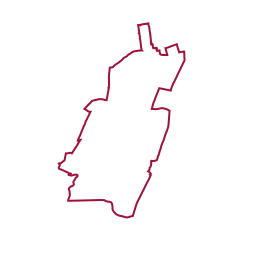 outline of Vaculesti, Botosani, Romania, rotated 315°
{"feature_id": "2599482B19671862910111", "entity_name": "Vaculesti", "entity_type": "district", "adm_level": 2, "iso_a3": "ROU", "parent_name": "Romania", "parent_adm1": "Botosani", "projection": "orthographic", "projection_center": [26.426, 47.889], "detail": "fine", "context": "isolated", "style": "outline", "palette": "rose", "viewbox_px": 256, "rotation_deg": 315, "n_neighbors": 0, "source": "geoboundaries", "source_scale": "gbopen_adm2", "svg_char_len": 5512}
<svg xmlns="http://www.w3.org/2000/svg" viewBox="0 0 256 256"><g transform="rotate(315 128 128)"><path d="M221.7,113.5L221.0,112.9L220.7,112.8L220.3,112.6L219.8,112.1L219.3,111.7L218.0,110.8L217.7,110.7L220.4,105.5L221.7,103.2L220.7,102.8L216.1,100.6L214.2,99.8L211.4,98.4L211.1,98.3L210.9,98.1L209.9,99.9L208.4,102.3L207.7,103.8L207.6,104.1L207.4,104.3L207.3,104.2L207.2,104.1L206.8,103.5L206.0,102.9L205.5,102.3L204.8,101.4L204.2,100.9L204.0,100.7L203.6,100.3L203.2,99.4L203.0,98.7L203.0,98.3L203.1,98.1L203.4,97.8L205.1,95.4L203.8,94.6L203.0,93.9L203.9,92.1L204.5,92.4L204.9,91.6L204.6,91.4L204.6,91.2L203.7,90.5L202.9,90.0L202.3,89.5L202.5,88.9L204.6,86.3L204.5,86.1L204.3,86.0L203.9,86.0L203.6,85.8L203.5,85.7L203.4,85.4L204.7,83.8L204.9,84.1L205.4,83.4L205.8,82.8L206.3,82.0L207.2,80.9L209.6,78.0L210.6,76.6L212.3,74.3L214.5,71.4L214.8,70.8L215.5,69.3L216.4,68.4L216.1,68.1L215.9,68.0L215.0,67.6L214.8,67.5L214.2,67.0L214.2,66.9L213.8,66.6L212.3,65.4L209.5,63.7L209.3,63.9L209.2,63.7L208.7,63.2L208.4,62.8L208.0,62.4L204.2,67.4L203.3,68.8L203.0,69.0L202.9,69.0L202.7,68.9L202.7,69.1L202.6,69.3L202.4,69.7L201.8,70.5L201.7,70.7L201.7,70.8L201.6,71.0L201.4,71.4L201.3,71.5L201.2,71.6L200.7,72.0L200.4,72.4L199.4,73.4L199.3,73.9L198.2,75.4L197.8,75.8L197.6,76.0L197.4,76.3L196.3,77.7L195.9,78.3L195.1,79.2L193.3,81.7L192.6,82.7L192.6,82.9L191.2,81.6L190.2,80.8L188.4,79.5L187.7,79.0L187.0,78.5L186.6,78.2L186.1,77.9L184.9,77.5L184.2,77.3L183.5,77.2L182.2,77.0L181.3,76.7L180.7,76.5L180.4,76.4L179.8,76.4L178.3,76.4L177.1,76.3L176.3,76.0L174.8,75.5L174.3,75.4L173.7,75.5L172.1,75.6L170.5,75.5L167.7,75.1L164.6,74.5L163.4,74.2L162.2,74.2L161.4,74.3L160.3,74.2L159.7,74.0L159.4,73.8L158.5,72.8L157.6,72.5L155.6,74.3L153.2,76.1L152.0,77.2L151.2,78.0L150.9,78.1L145.7,83.5L145.2,84.1L143.1,85.6L143.0,86.0L142.4,85.9L142.3,86.3L140.5,87.8L138.0,89.4L134.8,91.7L133.5,92.5L132.5,93.2L131.9,92.4L131.6,92.0L131.4,91.7L130.3,89.7L129.9,89.3L128.5,87.7L128.4,87.5L126.9,86.5L125.2,85.5L122.3,83.7L121.7,83.4L120.6,83.5L118.6,83.6L117.7,83.5L110.7,83.7L110.8,84.0L111.1,85.2L111.8,88.7L113.0,90.0L104.6,92.9L102.7,93.4L100.0,94.9L99.5,95.0L98.7,95.2L94.0,97.1L92.4,97.8L91.1,98.3L89.8,99.0L87.1,100.0L84.1,101.1L83.6,101.4L84.2,102.0L84.5,102.1L85.1,102.4L85.8,102.8L84.2,103.2L83.4,103.2L82.5,103.4L81.7,103.6L81.7,103.8L81.4,103.9L80.4,104.1L78.2,104.6L76.8,104.9L75.2,105.2L72.2,105.9L71.2,106.1L70.4,106.3L70.3,105.9L70.1,105.3L70.0,105.1L69.9,104.9L69.6,104.7L68.0,103.6L66.5,102.5L66.1,102.0L63.7,103.7L60.8,105.6L60.5,105.8L60.2,105.9L60.0,106.0L59.2,105.9L58.3,105.6L57.9,105.6L56.3,105.6L55.9,105.5L55.6,105.5L55.4,105.4L55.1,105.1L54.4,104.4L54.2,104.3L54.0,104.2L53.9,104.2L53.9,104.4L53.9,104.6L54.0,105.0L54.0,105.3L53.8,105.7L53.6,105.9L53.2,106.3L52.7,106.5L51.5,106.8L51.2,106.9L50.7,107.4L50.6,107.6L50.5,108.1L50.6,108.6L50.7,108.9L51.3,110.0L51.5,110.4L52.7,113.5L52.8,113.8L53.1,114.8L53.6,116.0L53.9,116.7L54.0,117.1L54.1,117.3L54.1,117.9L54.1,118.3L54.5,118.8L55.0,119.2L55.2,119.5L55.3,119.8L55.2,120.1L54.9,120.3L54.7,120.3L54.4,120.3L54.2,120.1L53.2,119.1L52.9,119.1L52.9,119.4L53.0,119.5L53.4,119.9L53.5,120.0L53.9,121.0L54.2,121.5L54.4,121.7L55.4,122.3L56.8,122.9L57.0,123.1L58.4,124.4L58.6,124.6L58.7,124.9L58.8,125.0L58.9,125.5L58.7,125.8L58.7,126.0L58.4,126.3L58.0,126.5L57.7,126.5L57.4,126.5L56.0,126.2L55.6,126.3L55.1,126.5L54.4,126.8L53.2,126.9L52.4,127.1L51.6,127.3L51.3,127.5L51.1,127.6L50.9,127.8L50.6,128.4L50.1,129.2L49.7,129.6L48.9,129.9L48.7,129.9L48.2,129.8L46.7,129.1L46.2,129.0L44.6,128.8L43.9,128.9L43.7,128.9L43.2,129.2L43.0,129.4L42.8,129.7L42.2,130.9L41.6,131.9L41.4,132.1L41.1,132.4L40.7,132.8L40.5,133.0L39.9,133.8L39.5,134.3L39.1,134.6L37.6,135.3L36.0,136.0L35.6,136.1L34.3,137.2L40.9,143.6L58.3,160.1L60.4,162.5L60.5,163.5L60.8,164.2L61.1,164.7L61.4,165.3L61.8,166.0L62.6,166.9L63.3,168.0L63.5,168.8L63.2,170.0L62.2,171.7L60.8,173.3L59.7,174.4L59.2,175.5L58.7,177.2L58.8,178.4L58.6,179.6L58.8,181.1L59.4,182.6L59.8,183.8L60.6,184.9L61.5,186.3L63.5,189.9L64.1,190.6L65.4,191.4L65.9,191.7L66.9,192.2L67.8,192.7L68.9,193.3L69.2,193.6L80.8,187.5L99.9,181.1L106.2,179.1L110.4,177.6L110.4,176.5L111.7,176.6L112.0,175.3L111.8,174.1L111.6,172.8L112.4,172.9L113.7,172.6L114.1,172.4L114.7,171.8L115.1,171.5L116.3,171.4L117.3,170.9L117.6,170.8L117.9,170.7L118.4,170.3L119.7,169.2L120.1,168.7L120.5,168.2L120.8,168.0L121.1,167.7L121.3,167.7L122.4,169.1L123.1,169.8L123.6,170.1L124.9,170.7L125.7,171.1L125.8,171.1L127.6,170.1L129.2,169.2L130.4,168.8L132.1,168.0L132.7,167.5L134.5,166.6L135.3,166.2L135.8,166.0L136.9,165.4L139.7,163.8L140.4,163.5L141.4,163.0L141.8,162.8L142.5,162.7L143.0,162.5L144.5,161.8L145.8,161.3L146.2,161.1L147.2,160.4L147.6,160.2L148.1,159.9L149.6,159.2L151.2,158.5L151.9,158.2L152.5,157.8L152.8,157.8L153.4,157.6L153.7,157.5L154.1,157.2L156.2,156.2L157.7,155.3L160.2,153.3L162.7,151.1L164.7,149.4L166.6,147.8L167.6,146.9L169.6,145.2L168.7,142.3L168.4,141.5L166.4,138.3L165.9,137.8L162.3,135.4L161.1,134.5L158.7,131.8L158.3,131.3L163.6,128.3L165.4,127.6L169.5,125.7L175.4,123.2L178.2,122.0L178.4,122.4L179.6,123.9L180.7,125.7L183.5,129.9L184.7,131.8L186.2,130.8L187.1,130.4L187.5,130.2L191.2,128.6L191.6,128.4L192.0,128.4L192.4,128.3L193.5,127.9L194.4,127.7L196.2,127.0L198.2,126.3L198.8,126.1L202.5,124.7L205.6,123.7L207.2,123.2L209.1,122.4L210.2,122.1L212.7,121.2L214.4,120.7L214.5,120.6L214.8,120.5L215.5,120.3L216.1,119.9L217.5,118.3L218.2,117.4L218.6,117.1L220.5,115.1L221.3,114.1L221.7,113.5Z" fill="none" stroke="#9f1239" stroke-width="2"/></g></svg>